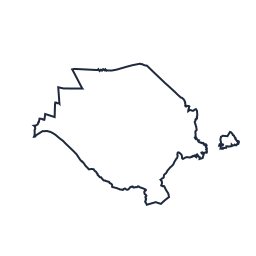 outline of Metepec, Hidalgo, Mexico, rotated 143°
{"feature_id": "50627088B82713167627307", "entity_name": "Metepec", "entity_type": "district", "adm_level": 2, "iso_a3": "MEX", "parent_name": "Mexico", "parent_adm1": "Hidalgo", "projection": "natural_earth1", "projection_center": [-98.35, 20.259], "detail": "fine", "context": "isolated", "style": "outline", "palette": "slate", "viewbox_px": 256, "rotation_deg": 143, "n_neighbors": 0, "source": "geoboundaries", "source_scale": "gbopen_adm2", "svg_char_len": 5449}
<svg xmlns="http://www.w3.org/2000/svg" viewBox="0 0 256 256"><g transform="rotate(143 128 128)"><path d="M159.2,55.4L150.5,52.1L147.4,47.6L142.4,48.1L138.3,48.2L136.9,48.1L135.9,50.0L135.2,51.6L135.1,53.9L134.8,56.5L134.1,59.7L135.0,60.7L135.3,60.6L136.1,62.1L134.1,63.4L133.2,64.8L133.0,65.4L133.2,65.7L133.2,67.0L132.7,66.9L131.9,67.2L130.8,67.1L129.4,66.9L127.6,68.7L126.8,69.0L125.0,69.0L124.5,69.1L122.4,70.1L120.8,70.5L118.2,71.1L115.8,71.3L115.3,71.3L113.7,71.7L111.2,73.1L109.5,73.7L108.2,74.3L107.0,74.4L105.8,75.3L105.1,75.8L104.7,77.0L103.4,78.2L103.1,78.4L102.5,78.3L102.2,78.0L102.0,77.6L101.5,75.8L101.4,74.3L101.8,73.2L103.0,71.3L102.7,70.2L100.7,70.0L98.8,69.5L97.7,68.6L96.4,67.2L95.5,66.9L95.0,67.0L94.7,66.6L93.9,66.7L93.7,66.4L93.2,66.6L92.9,66.2L92.5,66.3L91.8,66.1L91.9,65.9L91.6,65.2L90.7,65.2L91.2,64.0L91.0,63.5L90.5,63.8L90.1,64.6L89.9,65.4L88.7,65.4L88.7,62.0L88.3,61.4L89.5,60.2L86.5,59.1L83.7,61.2L83.6,61.6L83.6,62.1L84.4,63.3L84.2,64.0L83.5,63.6L83.2,63.8L83.1,63.7L83.0,63.3L82.6,62.1L82.3,61.9L81.7,62.1L80.6,61.9L80.5,61.7L80.3,61.1L80.1,60.9L79.8,61.0L79.2,61.6L78.8,62.6L78.5,62.9L78.0,63.0L78.5,63.0L77.7,63.3L78.5,63.2L78.5,63.9L77.5,64.0L77.4,65.2L77.1,65.2L76.9,66.7L76.2,66.6L76.0,67.0L75.6,67.0L75.6,68.2L75.9,68.4L76.8,68.2L77.5,69.3L76.8,70.1L76.9,70.9L78.3,71.7L78.2,71.9L78.6,72.4L78.6,72.8L79.1,73.0L79.8,74.0L79.9,75.1L78.8,75.5L79.7,76.9L79.4,78.9L80.5,78.7L80.4,80.2L79.5,80.3L79.2,80.5L78.7,81.2L78.4,81.5L77.6,82.6L77.3,83.4L76.4,84.3L76.1,84.8L75.9,84.9L74.8,84.9L74.4,85.1L74.0,85.6L73.2,87.3L72.9,87.6L72.7,88.1L72.5,89.1L72.1,89.8L71.9,90.6L71.6,91.0L71.6,91.4L71.2,92.6L70.0,93.1L69.5,93.7L69.1,93.7L68.8,94.3L68.7,94.4L68.1,94.4L67.8,94.0L67.4,94.0L67.1,94.2L67.0,94.4L66.7,94.7L66.7,94.8L66.3,95.0L66.2,95.2L66.2,95.6L66.1,95.8L65.1,96.3L62.6,100.1L62.4,102.2L64.2,102.6L65.3,102.4L66.2,103.0L67.1,104.4L67.7,105.1L68.2,105.2L69.8,105.2L69.5,105.6L68.7,106.2L68.4,106.6L67.6,107.0L66.6,108.0L66.0,108.3L66.1,108.8L67.1,109.8L67.7,110.1L68.5,110.1L68.8,110.2L69.0,110.9L68.9,111.4L68.8,111.5L68.4,111.4L68.3,111.5L68.1,112.1L67.8,112.5L67.6,113.2L67.4,113.6L66.8,114.1L66.7,114.5L66.8,115.0L66.4,115.9L66.3,116.5L66.3,117.2L66.7,119.6L67.5,120.6L68.5,125.9L68.7,127.7L70.4,137.0L71.2,140.9L71.4,141.9L73.8,156.4L75.4,166.5L76.2,167.1L77.4,168.7L78.2,170.3L78.4,170.7L78.8,170.8L79.6,171.7L79.7,172.1L86.7,175.5L92.6,177.9L101.8,181.4L104.1,182.5L106.4,183.7L110.3,186.7L110.4,187.0L110.9,186.9L111.4,187.9L110.9,187.9L110.8,188.4L111.9,188.2L112.1,189.4L112.6,189.4L112.7,190.0L113.8,190.1L114.3,189.6L114.5,189.9L114.8,190.9L116.3,190.6L116.3,192.8L117.2,192.6L117.2,192.4L135.3,207.5L137.3,208.4L137.6,206.1L140.7,187.5L140.7,187.0L147.9,192.4L155.7,198.4L159.2,202.5L168.2,188.6L168.3,189.1L168.6,189.7L168.8,189.9L169.7,190.4L169.7,190.5L169.9,191.4L170.3,191.6L170.7,192.1L171.1,191.8L172.0,190.9L180.0,180.9L185.7,189.0L189.8,184.9L190.1,184.9L190.4,185.5L190.8,186.0L190.9,186.5L191.2,186.7L191.4,187.2L193.0,188.7L195.9,186.2L196.2,186.2L196.4,186.4L197.0,185.7L198.0,185.3L198.7,185.3L200.2,185.5L201.7,186.4L201.5,185.6L201.6,184.9L201.8,184.5L202.6,183.2L203.2,183.0L204.1,182.3L204.9,181.0L207.0,178.4L208.4,177.6L208.1,177.4L207.1,177.0L206.5,177.4L206.3,177.6L198.1,176.9L197.0,176.0L194.2,174.1L193.5,173.0L192.3,171.6L191.1,169.1L190.0,166.1L188.8,160.8L187.6,156.6L187.3,153.8L185.4,142.0L184.9,138.0L185.2,133.3L185.3,131.2L185.2,130.1L185.1,129.1L184.7,129.0L184.5,125.8L184.6,124.7L184.7,123.4L184.2,120.0L184.2,118.6L181.6,117.1L180.7,116.2L180.2,115.5L180.4,115.0L180.4,114.7L180.3,114.4L180.4,113.6L179.8,112.1L180.2,110.5L179.9,110.0L180.0,109.4L180.1,109.1L180.5,108.7L180.3,107.8L180.3,107.4L180.1,107.0L180.1,106.6L180.2,105.8L179.3,104.9L179.1,104.7L179.1,104.2L179.3,103.6L179.2,103.4L179.0,100.8L178.6,100.3L178.0,100.0L177.7,99.2L177.2,98.6L177.0,98.4L177.0,98.1L175.5,96.4L175.5,96.2L175.7,95.9L175.8,95.5L175.8,95.1L175.5,94.7L175.4,94.2L175.1,93.9L174.9,93.5L174.9,92.2L176.1,90.4L173.1,86.7L172.1,84.9L171.7,84.5L171.5,83.9L171.2,83.5L170.3,82.8L169.6,81.8L169.3,81.6L168.8,81.6L168.5,81.9L166.9,81.6L166.7,81.3L166.5,80.2L166.2,79.6L165.4,78.9L164.1,78.8L161.6,79.4L161.2,79.3L160.8,78.9L160.5,78.8L160.2,78.9L159.7,78.7L159.4,78.3L159.6,77.7L159.6,77.4L159.1,76.9L157.5,76.2L157.4,76.0L156.6,75.4L155.0,75.4L154.7,74.9L154.6,74.1L152.3,70.7L150.9,68.1L151.1,67.6L151.3,67.6L151.7,67.8L151.9,67.5L152.6,67.6L153.1,67.3L153.3,67.3L153.7,66.9L154.4,65.2L154.3,64.7L154.0,64.2L154.0,63.2L154.1,62.8L154.7,62.5L155.7,62.4L156.1,61.3L156.0,60.8L156.5,60.4L156.7,59.9L156.9,59.8L157.4,59.8L157.6,59.4L158.0,59.1L158.4,59.0L158.4,58.6L158.6,58.3L158.9,58.0L158.9,57.6L158.8,57.3L158.8,56.8L159.2,55.4ZM66.1,56.3L65.9,56.3L66.3,55.8L65.9,55.2L64.3,54.9L64.5,54.3L63.0,54.1L61.5,53.1L60.5,54.2L58.9,52.9L58.9,52.6L58.1,52.2L56.3,51.2L56.2,51.4L55.8,51.7L55.2,52.4L55.1,51.6L54.5,50.7L53.3,50.2L52.8,50.5L52.4,50.0L52.1,49.1L51.7,49.0L51.2,49.3L50.2,49.5L49.5,48.9L48.8,49.4L48.4,50.4L47.8,50.2L47.6,50.7L48.4,52.1L48.8,51.9L48.8,54.7L48.4,54.7L48.2,55.1L48.3,57.1L48.0,58.0L48.0,58.4L48.5,59.2L48.5,59.5L48.4,59.8L48.2,60.1L48.1,60.4L48.4,62.8L48.9,63.5L53.5,61.6L56.9,64.7L59.0,65.0L61.1,63.3L62.6,60.2L63.0,58.9L63.0,58.6L62.7,58.2L62.4,57.9L62.2,57.9L62.0,57.6L62.1,57.4L62.5,57.2L63.2,57.2L63.4,57.4L63.6,57.8L63.4,58.9L63.5,59.0L63.7,59.6L64.6,59.9L65.8,59.0L64.9,58.5L64.9,58.0L65.5,56.9L66.1,56.3Z" fill="none" stroke="#1e293b" stroke-width="2"/></g></svg>